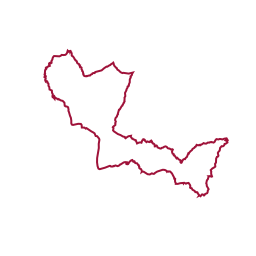 the district of Situbondo, Jawa Timur, Indonesia, rotated 211°
{"feature_id": "22746128B65817775308435", "entity_name": "Situbondo", "entity_type": "district", "adm_level": 2, "iso_a3": "IDN", "parent_name": "Indonesia", "parent_adm1": "Jawa Timur", "projection": "robinson", "projection_center": [113.954, -7.799], "detail": "fine", "context": "isolated", "style": "outline", "palette": "rose", "viewbox_px": 256, "rotation_deg": 211, "n_neighbors": 0, "source": "geoboundaries", "source_scale": "gbopen_adm2", "svg_char_len": 5920}
<svg xmlns="http://www.w3.org/2000/svg" viewBox="0 0 256 256"><g transform="rotate(211 128 128)"><path d="M219.5,163.2L218.9,160.9L219.0,159.4L219.4,158.4L221.0,157.2L222.5,156.5L222.9,155.2L223.7,154.1L228.1,151.8L228.5,151.5L228.7,150.6L228.6,149.0L228.1,147.8L228.1,145.8L227.7,144.9L227.4,145.0L227.1,144.5L227.5,143.6L228.7,143.4L228.9,142.7L228.2,142.0L228.2,141.5L227.5,141.4L227.5,140.9L227.2,140.8L228.4,139.2L228.6,138.0L228.9,137.6L229.3,137.7L229.4,137.3L228.5,136.6L228.6,135.9L228.9,135.9L228.8,134.8L227.6,132.4L227.1,132.0L227.2,131.1L226.5,130.8L226.0,129.2L225.2,130.0L224.9,129.7L225.0,128.5L224.3,128.3L223.8,127.7L223.9,126.8L223.4,126.1L222.5,125.5L222.4,125.9L221.8,126.4L221.0,126.2L220.5,125.3L219.6,125.3L218.9,124.9L217.9,123.2L216.6,122.6L215.1,120.6L212.6,120.9L211.2,119.0L209.8,118.2L209.1,116.1L209.2,116.5L209.2,117.3L208.2,116.9L208.2,116.1L208.4,116.2L208.7,115.9L208.5,115.7L208.2,116.0L206.0,115.2L206.6,116.4L207.8,116.6L207.6,117.3L206.0,116.4L204.3,116.6L202.9,116.4L202.4,116.6L202.3,117.1L200.0,117.0L198.0,117.6L195.6,117.0L193.7,114.5L192.6,114.4L191.6,114.9L190.0,114.9L188.4,113.1L187.6,111.4L187.6,111.7L187.1,111.5L184.0,108.6L182.2,107.3L180.3,105.0L179.1,102.9L177.9,102.0L176.7,102.3L172.9,105.9L170.5,107.2L169.3,106.7L167.8,104.6L165.6,105.9L163.9,105.7L163.5,106.5L157.5,106.2L155.4,106.3L153.9,106.2L151.6,104.5L150.2,105.1L147.3,104.0L146.4,103.1L144.9,99.3L142.7,95.8L139.0,86.4L136.9,82.7L134.5,79.7L132.5,78.0L131.4,78.0L130.8,78.4L127.3,82.1L124.2,86.1L123.6,86.4L122.7,86.2L121.3,87.1L121.0,87.8L120.6,88.2L120.3,88.1L119.5,89.4L117.2,90.0L116.4,91.1L115.9,92.8L115.6,92.9L114.0,96.2L113.0,97.2L112.1,97.7L110.9,96.3L110.0,96.5L109.7,97.2L110.0,97.9L109.3,97.7L109.3,99.8L108.9,101.0L108.4,101.8L108.5,102.1L107.8,102.8L106.1,101.8L105.8,101.9L105.9,102.5L105.4,102.8L103.7,101.7L101.9,102.4L100.2,101.5L99.8,101.7L99.1,101.2L98.7,100.5L98.2,100.5L97.7,99.5L96.8,99.3L95.9,99.5L95.0,99.1L93.8,98.1L93.6,97.4L93.4,97.9L92.2,98.6L87.4,98.5L85.4,99.4L84.2,101.4L82.7,101.7L81.9,102.4L81.8,103.2L80.6,105.6L76.9,109.9L75.6,110.7L74.3,111.1L73.0,111.1L72.1,110.6L72.0,111.1L70.7,111.5L70.6,111.9L69.4,112.4L66.9,111.7L62.7,109.1L62.4,108.5L62.0,108.7L61.4,108.1L61.2,108.3L60.4,106.8L59.6,105.9L58.7,105.4L58.3,104.7L56.5,105.8L54.8,107.6L52.6,109.2L52.3,109.1L52.4,109.3L51.6,110.0L49.7,110.1L49.6,110.6L47.8,112.1L45.7,111.2L44.7,110.4L44.1,108.9L43.5,108.7L42.5,109.2L40.9,108.3L38.5,108.4L37.2,107.7L35.7,108.6L35.1,108.5L34.7,107.9L32.6,107.2L32.3,107.0L32.3,106.5L32.0,107.0L30.7,106.9L30.4,109.1L29.7,109.6L28.1,109.3L27.9,109.7L27.9,111.1L26.6,112.9L26.7,114.0L27.4,115.5L27.4,117.1L30.6,118.9L31.7,120.4L32.4,120.8L33.4,123.7L33.2,125.5L33.5,126.1L33.7,127.9L34.2,128.1L33.1,128.9L31.3,129.3L31.0,129.7L33.0,131.4L34.1,133.2L34.1,133.4L35.4,134.5L34.9,136.7L33.6,139.0L33.3,139.9L34.9,142.1L34.8,143.7L36.7,147.2L36.9,149.0L36.3,149.6L36.2,150.8L38.1,152.8L38.2,153.9L37.8,155.9L38.8,158.4L38.4,160.6L37.3,161.1L36.8,162.1L36.7,163.0L37.0,164.1L36.2,164.8L35.3,166.8L36.1,167.7L37.9,167.6L37.6,168.2L36.4,168.7L36.3,168.9L38.2,169.9L40.0,168.4L41.2,166.8L42.8,166.3L43.8,165.8L44.5,164.8L46.5,164.0L46.8,162.2L46.6,160.9L47.1,159.6L49.4,158.9L49.5,158.5L50.3,158.2L50.8,157.3L52.0,156.7L52.9,154.9L54.2,154.2L55.4,154.0L56.2,152.1L57.1,151.1L57.0,150.6L57.3,150.2L58.1,150.3L59.0,149.2L60.5,148.9L60.4,146.8L60.9,146.3L60.9,145.3L61.9,143.3L61.8,142.0L62.5,140.2L62.9,137.9L63.3,137.6L63.2,137.1L62.8,137.0L63.1,136.4L62.6,133.5L63.1,132.3L63.1,130.7L63.7,130.5L64.4,129.5L64.5,128.2L64.2,126.0L64.5,125.5L65.4,125.7L65.9,126.5L65.8,127.1L66.2,127.4L68.6,127.2L70.5,127.9L70.8,127.7L70.9,127.0L73.9,128.4L74.3,128.1L74.9,128.3L75.3,129.1L76.6,129.0L78.1,130.3L78.5,132.6L79.1,132.6L80.2,131.7L81.8,131.8L83.0,131.2L83.7,131.2L84.8,131.7L85.9,131.7L86.5,131.5L87.4,130.4L87.9,129.2L88.9,128.3L89.2,127.3L90.2,126.9L92.7,126.6L93.7,127.4L94.5,127.7L95.3,127.1L95.3,126.2L95.6,126.0L96.9,127.6L97.7,127.8L98.4,127.5L99.1,127.9L100.0,127.9L100.3,128.3L100.7,128.3L100.6,128.8L101.6,129.2L102.1,128.3L101.9,128.0L102.0,127.2L102.5,126.9L104.6,126.4L104.9,125.4L107.3,125.9L107.6,126.5L108.7,126.5L109.1,126.2L108.9,125.8L109.4,124.8L108.9,122.3L110.1,122.0L111.2,121.0L112.3,119.4L114.3,121.0L114.9,121.0L115.1,121.5L117.9,121.0L118.6,121.3L119.1,121.0L121.3,122.0L121.5,122.8L123.4,121.1L124.5,118.9L125.0,117.2L125.1,118.0L126.2,118.7L127.9,118.1L130.8,118.1L133.5,117.6L138.5,117.9L139.6,118.3L140.4,120.5L141.4,120.8L141.4,121.5L140.4,124.0L141.1,125.4L141.5,125.6L141.7,127.2L143.1,128.1L143.5,129.0L143.8,130.2L143.4,132.2L143.8,133.2L143.7,134.6L144.0,134.8L145.1,138.8L144.8,139.1L144.9,139.7L144.6,140.0L144.7,143.3L144.3,144.4L144.6,145.0L144.4,145.6L144.7,147.0L144.4,147.7L144.7,148.0L144.7,149.3L145.2,149.6L145.9,151.2L146.6,152.1L146.7,153.9L148.6,156.5L148.8,159.5L149.2,160.3L149.2,162.5L149.7,163.3L149.2,164.1L149.4,164.8L149.2,164.9L149.8,166.4L150.0,168.0L151.4,170.4L151.7,172.0L151.6,172.6L152.4,173.6L152.1,174.2L152.0,175.6L152.4,176.4L152.4,178.0L155.4,175.0L160.4,172.9L161.1,172.2L163.1,172.0L165.6,172.6L167.2,172.6L168.6,173.6L169.6,173.5L170.2,173.9L171.4,174.1L173.1,175.2L173.6,176.0L174.3,176.4L174.5,175.4L175.2,174.5L175.7,172.7L176.2,172.2L177.3,169.9L178.0,169.6L179.2,167.1L180.3,163.8L184.9,159.1L184.9,157.9L186.0,157.3L186.6,156.5L186.5,155.8L187.5,154.3L187.6,153.4L188.8,152.6L189.9,151.2L190.2,151.3L191.2,150.4L192.2,150.1L193.0,150.3L194.1,151.1L194.0,151.4L194.6,151.8L195.4,152.8L196.7,153.3L196.8,153.8L198.2,154.5L198.9,155.8L200.4,156.0L200.6,155.6L201.5,156.4L201.5,157.0L202.3,156.9L203.1,157.6L204.5,157.4L205.4,157.8L206.2,158.8L207.9,158.9L208.1,159.3L209.2,159.5L209.8,160.0L211.9,161.0L213.3,161.0L213.8,161.4L214.3,162.5L215.6,163.7L216.7,164.0L217.0,164.4L217.3,164.2L217.2,163.7L217.4,163.9L217.7,163.4L218.5,163.3L218.5,162.9L219.5,163.2Z" fill="none" stroke="#9f1239" stroke-width="2"/></g></svg>